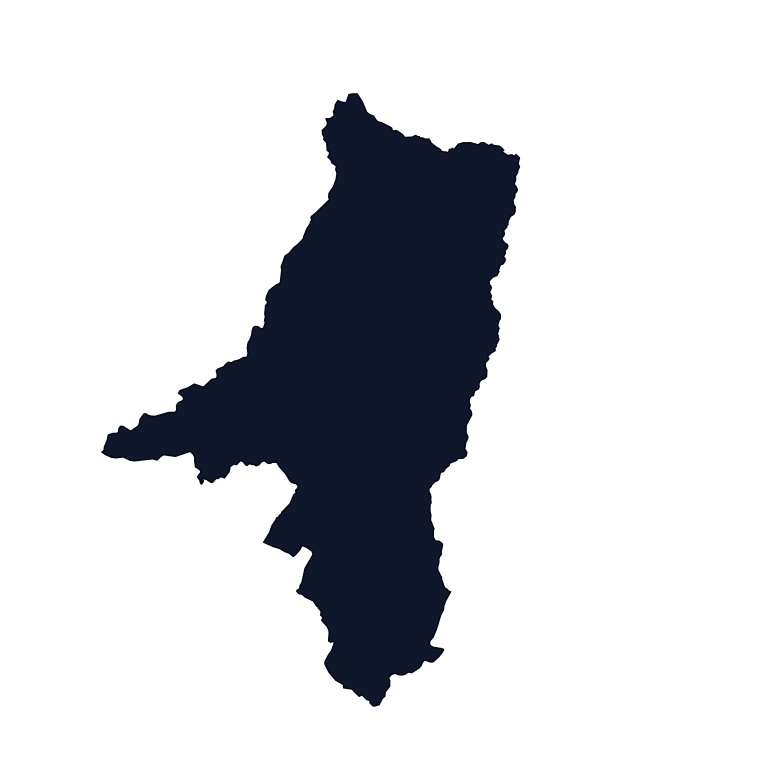 outline of Erati, Nampula, Mozambique, rotated 129°
{"feature_id": "85939544B1665883546251", "entity_name": "Erati", "entity_type": "district", "adm_level": 2, "iso_a3": "MOZ", "parent_name": "Mozambique", "parent_adm1": "Nampula", "projection": "albers", "projection_center": [39.844, -13.887], "detail": "fine", "context": "isolated", "style": "filled", "palette": "ink", "viewbox_px": 768, "rotation_deg": 129, "n_neighbors": 0, "source": "geoboundaries", "source_scale": "gbopen_adm2", "svg_char_len": 6159}
<svg xmlns="http://www.w3.org/2000/svg" viewBox="0 0 768 768"><g transform="rotate(129 384 384)"><path d="M184.8,387.4L184.3,388.6L182.3,387.9L179.6,390.1L174.3,391.3L170.1,389.9L167.5,390.8L163.9,393.5L163.0,396.3L160.0,399.5L156.1,400.3L153.7,402.2L151.1,401.9L149.0,402.8L147.6,405.4L147.3,407.8L145.6,409.3L143.2,409.8L139.8,412.7L135.3,413.4L134.7,414.1L129.9,415.5L128.6,418.5L123.1,421.0L122.6,425.6L123.7,426.0L124.8,425.2L125.6,429.0L128.6,431.6L129.3,438.1L128.5,438.5L127.1,438.1L126.4,441.2L126.6,444.1L129.7,448.7L129.8,451.2L133.0,452.8L133.6,458.0L134.6,459.4L135.9,460.6L138.2,460.9L139.1,461.8L142.1,468.6L146.6,474.1L150.9,477.1L157.3,477.1L157.8,477.5L158.0,479.3L159.3,479.4L160.6,480.7L163.1,479.6L164.2,480.3L165.1,482.6L166.0,483.1L167.0,486.1L166.3,488.6L167.0,491.6L167.2,498.7L165.4,503.2L168.1,506.2L168.1,507.8L170.3,511.4L169.7,512.2L170.7,513.2L170.9,515.8L174.4,517.3L179.0,522.5L179.5,524.1L178.6,526.2L178.9,531.9L179.5,534.0L181.3,535.6L181.6,538.2L180.4,538.8L180.4,540.4L182.6,550.5L184.1,553.4L184.1,555.7L182.4,560.9L183.6,564.3L183.9,568.3L178.5,578.3L175.5,587.3L178.6,591.2L181.2,593.3L189.2,590.4L191.2,593.4L193.0,598.2L197.7,597.5L201.6,595.1L204.2,594.7L205.8,592.3L207.4,591.5L211.8,592.9L214.4,595.8L216.4,592.3L218.1,591.2L219.9,590.8L225.7,591.5L228.4,589.0L229.8,585.9L231.8,584.7L232.3,581.1L233.1,579.8L238.1,575.1L238.0,572.2L240.2,570.7L242.9,570.4L243.2,566.4L244.8,563.7L244.5,558.0L247.5,556.6L249.6,553.2L255.1,549.9L262.5,547.4L270.3,546.7L273.6,544.5L274.9,542.3L294.9,544.7L299.6,545.8L301.0,545.0L301.9,543.3L304.3,543.1L305.8,542.2L311.6,541.7L320.5,538.9L321.6,538.0L330.0,538.7L334.7,539.8L342.5,540.0L346.8,541.4L357.5,537.6L359.9,535.0L370.0,528.6L371.4,528.3L375.9,530.4L383.6,532.0L389.4,530.6L392.8,528.8L393.1,526.6L394.0,525.5L397.8,525.2L404.5,520.7L406.2,518.6L410.0,516.5L410.8,514.9L416.1,512.8L418.6,513.9L418.8,518.0L420.5,520.5L422.3,521.1L425.6,519.8L428.9,517.7L433.6,516.0L437.1,515.6L439.3,514.5L442.2,512.6L445.7,508.9L448.7,507.5L450.5,508.0L451.7,509.7L456.9,511.9L460.6,514.7L463.5,515.8L465.1,518.6L468.5,519.4L471.4,519.3L477.2,522.5L479.2,522.6L481.4,519.7L483.5,518.1L485.4,517.8L488.7,520.7L499.6,522.1L500.7,523.5L503.5,531.3L510.1,533.7L517.5,538.3L520.5,537.8L520.2,533.2L521.0,530.7L522.5,530.0L524.0,530.0L527.6,531.9L529.5,532.0L531.5,531.4L534.8,528.5L537.4,528.3L541.8,533.5L553.3,541.5L555.7,544.9L556.9,547.7L557.0,550.0L558.3,551.6L565.1,551.3L567.8,549.5L571.0,548.4L580.2,551.1L581.3,560.2L582.7,562.1L585.2,562.0L588.3,560.1L590.0,560.0L593.3,563.7L597.2,566.1L601.9,563.6L608.8,561.6L611.7,559.7L614.4,560.2L614.1,556.1L612.3,549.5L609.9,545.8L604.8,540.9L603.0,533.5L600.8,529.7L587.5,516.6L585.9,512.6L580.6,511.9L577.6,510.8L571.4,500.6L558.3,492.3L558.5,488.3L559.8,485.1L563.4,482.1L567.0,478.2L566.4,473.7L566.9,471.7L568.0,470.6L572.4,470.7L573.7,470.0L574.6,466.6L576.6,464.0L576.5,462.8L573.8,463.0L572.8,463.7L572.8,464.8L571.3,465.1L569.8,462.0L569.3,456.9L568.6,455.5L562.9,455.1L561.9,453.5L558.6,452.7L557.3,449.0L549.6,449.3L544.9,451.7L540.7,450.3L539.4,447.9L534.3,447.5L533.5,447.0L533.0,444.2L533.9,440.4L533.3,439.2L530.5,438.6L529.6,435.9L528.3,434.5L528.0,431.9L525.5,430.5L521.9,430.4L518.8,428.9L518.6,424.2L517.2,422.5L514.7,421.3L512.0,417.7L512.8,416.9L514.1,412.9L515.6,403.6L518.5,396.0L518.5,393.6L516.6,389.3L517.3,386.3L519.3,385.5L522.2,385.7L524.2,383.7L527.1,384.3L536.1,381.6L547.9,382.6L550.5,381.9L552.0,382.7L553.2,381.9L555.7,383.1L557.1,382.5L564.6,381.8L571.3,379.4L582.6,377.9L580.1,368.2L577.4,361.6L576.5,355.4L575.1,351.3L575.1,346.1L572.4,345.4L565.5,345.2L561.2,346.2L559.5,341.6L559.1,334.9L560.4,332.5L561.8,331.6L576.9,329.3L589.8,322.8L593.7,322.2L596.2,320.6L599.0,321.7L600.0,321.2L600.3,318.0L598.9,315.3L599.1,311.3L597.0,302.3L598.9,297.0L598.7,295.2L599.5,293.7L599.9,290.7L600.7,289.3L603.4,287.7L603.6,284.6L606.9,283.5L608.1,275.7L609.7,272.2L612.0,269.8L618.5,265.3L618.2,263.0L616.4,262.0L615.9,259.8L624.0,256.9L629.1,256.6L636.3,255.2L638.5,254.0L639.1,253.0L642.5,245.4L644.5,234.9L643.0,226.6L645.4,224.1L641.0,216.6L641.7,213.9L642.2,206.8L639.3,205.5L640.0,198.9L638.9,196.2L639.2,195.1L640.5,194.4L641.0,190.6L640.5,189.0L636.4,186.1L629.3,187.5L626.3,186.9L622.6,189.3L615.5,189.4L611.0,192.9L609.5,195.7L604.9,195.4L601.9,193.5L600.3,189.0L598.3,186.6L596.5,185.1L592.7,184.1L590.8,180.8L582.5,178.1L579.4,178.0L576.1,179.1L573.8,178.9L572.3,177.6L570.7,172.8L568.9,171.0L560.5,169.8L553.6,170.2L553.0,170.8L553.3,172.4L557.7,180.0L558.2,182.9L557.4,185.2L554.6,186.8L549.8,186.6L541.3,189.1L527.9,194.6L522.1,195.7L518.7,198.0L514.1,199.6L503.7,201.5L504.4,203.8L503.9,205.4L504.3,208.8L499.7,216.3L498.2,217.6L494.9,225.1L492.7,227.0L487.9,229.3L485.6,231.3L482.5,232.3L480.4,232.2L478.7,233.9L472.1,237.4L471.5,238.5L471.6,242.3L473.7,245.1L472.3,249.1L467.0,253.5L465.3,253.9L460.5,262.4L456.4,265.1L454.3,268.0L451.6,270.3L448.6,272.4L446.8,272.6L444.0,275.5L442.6,276.2L440.6,278.6L439.8,280.9L437.1,283.4L434.2,282.9L432.3,283.5L428.2,283.1L424.8,281.5L423.3,281.5L418.0,284.2L416.9,284.3L414.4,282.7L411.0,283.2L406.5,282.2L404.0,283.1L397.7,279.6L395.6,279.8L391.8,275.9L388.0,275.0L385.0,276.7L383.7,280.4L378.2,283.6L373.8,284.7L372.2,285.7L370.4,289.5L364.3,294.2L352.8,296.5L350.5,299.0L349.6,302.2L346.1,303.9L344.6,306.6L341.5,308.4L339.3,308.8L336.5,307.3L332.4,309.4L328.4,307.6L325.9,308.6L324.4,310.4L321.3,311.3L319.1,310.8L315.7,309.0L313.6,309.1L308.5,312.9L306.8,316.1L303.8,318.6L299.1,318.3L298.3,318.6L297.3,320.9L292.5,320.3L288.1,318.7L286.2,320.6L284.3,320.4L283.1,321.4L276.8,322.8L276.3,324.6L274.8,325.3L274.0,327.4L268.2,329.8L267.7,331.6L266.2,333.0L261.9,334.7L260.0,334.8L257.0,337.3L255.9,340.8L255.6,346.0L253.9,350.2L251.7,351.4L251.5,354.5L247.9,356.1L246.0,360.1L243.3,360.5L241.4,361.5L240.5,363.1L240.7,364.3L238.2,367.1L232.6,366.9L228.6,364.6L224.4,365.4L223.5,366.7L218.5,368.6L215.5,367.1L212.4,367.4L210.7,368.4L209.7,371.4L206.0,372.0L204.0,374.0L200.8,373.7L198.6,374.8L198.0,376.3L198.5,378.6L197.7,382.4L196.3,384.5L194.1,384.2L191.8,384.7L189.3,387.7L184.8,387.4Z" fill="#0f172a" stroke="#020617" stroke-width="1.5"/></g></svg>